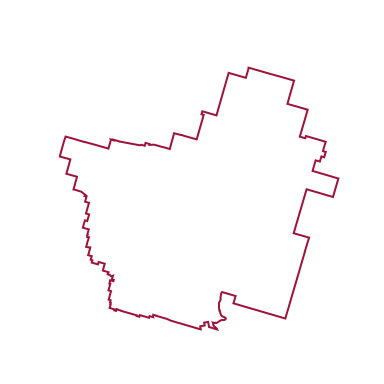 Perenjori, Western Australia, Australia, rotated 16°
{"feature_id": "25037944B82153403198712", "entity_name": "Perenjori", "entity_type": "district", "adm_level": 2, "iso_a3": "AUS", "parent_name": "Australia", "parent_adm1": "Western Australia", "projection": "orthographic", "projection_center": [116.454, -29.398], "detail": "fine", "context": "isolated", "style": "outline", "palette": "rose", "viewbox_px": 384, "rotation_deg": 16, "n_neighbors": 0, "source": "geoboundaries", "source_scale": "gbopen_adm2", "svg_char_len": 4441}
<svg xmlns="http://www.w3.org/2000/svg" viewBox="0 0 384 384"><g transform="rotate(16 192 192)"><path d="M109.6,281.4L113.3,281.3L113.3,285.1L115.1,285.1L115.1,287.5L120.6,287.5L121.5,287.5L121.5,285.0L127.9,285.0L127.9,289.5L128.0,292.1L129.1,292.1L130.4,292.1L132.7,292.1L133.9,292.1L133.9,293.3L133.5,293.3L133.5,294.4L136.0,294.4L136.5,294.8L137.3,295.2L138.0,295.2L139.1,294.3L139.1,294.8L138.7,295.2L138.7,295.7L139.1,295.9L139.1,298.0L141.0,298.0L141.0,299.4L137.6,299.4L137.6,299.8L137.6,300.1L137.8,300.1L137.8,301.9L137.8,302.8L138.8,302.8L138.8,303.5L138.8,309.6L141.5,309.6L141.5,312.5L141.6,316.6L141.6,318.5L143.6,318.5L143.6,320.8L144.4,320.8L144.4,322.5L144.8,322.5L144.8,326.2L149.9,326.2L149.9,327.2L151.7,327.2L151.7,325.3L152.6,325.3L152.6,325.6L156.8,325.6L156.8,325.8L158.8,325.8L161.0,325.8L165.2,325.8L173.0,325.8L173.0,326.0L172.9,326.0L172.9,326.4L174.8,326.4L175.8,326.5L175.8,326.3L175.8,324.7L178.3,324.7L184.3,324.7L185.4,324.7L185.4,323.0L189.1,323.0L188.9,322.7L188.7,322.4L188.7,322.2L188.7,321.9L188.7,321.7L188.8,321.5L188.8,321.4L188.9,321.2L188.9,320.9L188.8,320.7L192.0,320.7L192.0,320.9L195.2,320.9L199.0,320.9L201.7,320.9L202.8,320.9L203.3,320.9L203.7,321.0L206.1,321.4L207.1,321.5L207.3,321.5L207.7,321.5L210.7,321.5L214.2,321.6L217.2,321.5L218.5,321.6L220.9,321.6L223.7,321.6L226.5,321.6L230.1,321.6L233.7,321.7L238.2,321.6L236.9,318.9L241.0,316.8L239.7,314.2L243.3,312.4L245.6,317.1L248.1,317.1L254.1,317.2L253.4,316.4L250.1,314.8L249.4,314.3L249.0,313.8L248.6,312.4L248.1,311.8L248.4,311.8L249.2,312.1L250.3,311.3L251.3,311.3L252.2,310.7L253.7,308.9L255.0,307.5L256.1,306.8L258.3,306.2L259.0,305.5L259.5,304.5L258.9,303.7L256.1,303.2L255.6,303.2L255.3,303.2L254.7,302.9L254.1,302.4L253.6,302.0L253.2,301.4L252.7,300.8L252.5,300.3L252.3,300.0L252.1,299.6L251.8,299.3L251.4,299.1L251.2,298.7L251.3,298.7L251.6,298.8L251.5,298.5L251.4,298.2L251.0,298.0L250.8,297.8L250.6,297.4L250.3,296.8L250.0,296.2L249.8,295.9L249.7,295.6L249.1,293.1L248.7,292.2L248.6,291.7L248.5,290.9L248.8,289.8L249.1,288.4L249.1,287.3L248.4,285.1L248.0,281.2L248.5,279.9L248.8,279.9L254.3,279.9L254.7,279.9L262.6,280.0L262.5,287.6L301.0,287.8L316.6,287.9L316.6,281.2L316.7,275.6L316.7,265.9L316.9,238.5L316.9,230.8L317.0,218.5L316.9,218.5L317.0,208.2L317.2,203.6L301.1,203.6L301.4,157.8L324.3,157.9L328.9,157.9L329.0,138.7L328.0,138.7L317.0,138.6L302.1,138.5L302.1,127.5L306.5,127.5L306.6,122.1L309.5,122.1L309.5,116.6L306.6,116.6L306.6,115.1L306.6,113.2L306.6,112.2L306.7,106.9L299.3,106.8L295.5,106.8L286.1,106.8L286.1,109.1L280.4,109.1L280.5,92.5L280.5,91.4L280.5,90.2L280.5,87.1L280.5,86.1L280.5,82.0L280.5,81.0L259.5,81.0L259.4,76.6L259.4,56.8L247.7,56.8L233.3,56.9L230.0,56.9L224.5,56.9L212.1,56.9L212.3,57.7L212.3,67.4L195.3,67.4L194.4,67.4L194.4,78.4L194.4,111.6L179.7,111.6L179.7,114.7L182.0,114.7L182.0,117.2L182.0,135.6L182.0,140.1L168.3,140.2L167.2,140.0L166.5,140.1L166.2,140.2L165.9,140.3L163.7,140.3L161.4,140.4L160.4,140.4L159.7,140.4L158.6,140.4L158.7,146.4L158.7,151.7L158.8,155.3L158.8,156.8L157.4,156.8L154.9,156.8L152.6,156.8L151.6,156.8L151.4,156.8L151.1,156.9L150.0,156.9L146.8,156.9L142.8,156.9L140.9,157.5L138.0,158.5L137.9,158.5L137.9,157.6L133.8,157.6L133.8,160.6L130.5,160.6L130.3,160.6L130.2,160.7L130.0,160.8L129.9,160.8L129.6,161.2L129.5,161.3L129.4,161.3L128.9,161.5L127.9,161.6L127.1,161.6L126.8,161.7L125.6,161.8L124.4,161.9L115.3,162.8L109.0,163.4L108.9,163.4L108.8,163.5L108.6,163.4L106.0,163.4L104.5,163.4L102.0,163.4L102.4,163.9L100.6,163.9L99.3,163.9L99.7,164.5L99.7,166.1L99.7,168.6L99.7,173.3L89.8,173.3L84.6,173.3L79.9,173.4L75.4,173.4L75.4,173.6L74.1,173.6L73.5,173.6L71.2,173.6L66.3,173.5L62.2,173.5L59.3,173.5L55.2,173.6L55.0,178.6L55.0,181.6L55.0,187.2L55.1,192.0L55.1,194.3L57.8,194.3L66.1,194.2L66.1,197.6L66.2,199.4L66.2,202.1L66.2,203.7L66.2,209.1L70.4,209.1L71.5,209.1L71.8,209.1L74.5,209.0L77.2,209.0L77.3,210.4L77.3,215.4L77.4,217.8L77.4,222.2L80.5,222.1L82.7,222.2L85.0,222.2L85.3,222.2L91.0,224.5L90.2,225.4L91.8,225.4L91.9,230.8L92.4,230.8L95.9,230.8L96.0,230.8L96.0,241.9L98.3,241.9L99.3,241.9L99.3,248.1L99.3,248.7L99.3,248.8L98.6,248.7L96.9,248.8L96.9,256.4L99.3,256.4L99.5,256.4L103.1,256.4L103.1,257.3L103.1,262.1L103.5,262.0L103.6,264.2L105.4,263.9L105.3,268.7L105.4,273.9L105.9,273.8L106.5,273.9L106.9,273.8L107.8,273.8L108.6,273.4L109.5,273.3L109.6,276.3L109.6,279.7L109.6,280.7L109.6,281.1L109.6,281.4Z" fill="none" stroke="#9f1239" stroke-width="2"/></g></svg>